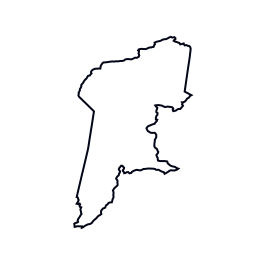 Senador Pompeu, Ceará, Brazil, rotated 244°
{"feature_id": "56859067B61767326792453", "entity_name": "Senador Pompeu", "entity_type": "district", "adm_level": 2, "iso_a3": "BRA", "parent_name": "Brazil", "parent_adm1": "Ceará", "projection": "equal_earth", "projection_center": [-39.469, -5.578], "detail": "fine", "context": "isolated", "style": "outline", "palette": "ink", "viewbox_px": 256, "rotation_deg": 244, "n_neighbors": 0, "source": "geoboundaries", "source_scale": "gbopen_adm2", "svg_char_len": 3940}
<svg xmlns="http://www.w3.org/2000/svg" viewBox="0 0 256 256"><g transform="rotate(244 128 128)"><path d="M189.3,209.5L189.9,207.4L191.2,206.4L191.3,204.7L191.2,202.9L191.2,201.3L191.7,199.9L192.1,198.6L192.2,197.3L192.1,195.8L192.3,194.3L192.8,192.5L193.0,191.0L193.1,189.3L191.5,189.0L190.9,187.7L189.7,186.6L190.1,185.3L190.3,184.0L191.0,182.4L191.0,180.3L191.2,178.4L192.2,176.5L193.1,175.1L193.7,173.4L193.9,172.1L193.3,171.1L192.3,171.6L191.4,171.1L190.3,170.1L189.2,170.1L188.1,169.8L187.3,168.7L187.2,166.7L188.1,165.2L188.1,163.8L188.1,162.1L188.4,160.7L189.3,159.4L190.3,157.6L190.8,155.6L190.4,153.6L190.9,152.0L191.7,150.2L192.3,148.1L193.2,146.6L193.6,145.1L194.9,142.6L195.4,141.1L195.8,139.8L196.3,138.2L196.9,136.5L197.7,134.5L197.2,133.0L196.4,131.7L195.5,130.5L194.5,129.8L193.6,129.2L194.2,128.0L194.8,126.3L195.4,125.1L195.8,123.8L195.8,122.5L195.6,120.9L194.9,119.6L194.1,119.1L193.0,119.1L192.6,117.9L191.9,116.7L192.4,115.0L191.4,113.3L190.6,112.3L190.3,110.9L189.5,109.2L188.3,107.5L187.6,105.9L187.0,104.7L186.0,104.4L185.0,103.4L184.2,101.9L182.9,101.2L182.0,100.1L181.4,99.1L180.3,98.8L179.2,97.8L177.8,97.6L163.1,102.9L157.9,104.7L147.4,97.4L133.3,87.5L128.5,84.2L126.2,82.5L108.7,68.2L107.8,67.4L91.6,54.2L88.4,51.6L87.6,52.4L86.1,52.1L84.9,52.1L83.7,50.8L82.4,48.7L81.5,49.9L81.3,51.4L80.3,51.5L79.3,50.3L78.3,50.2L77.2,51.2L76.2,50.0L75.3,49.4L73.6,49.1L72.2,48.6L71.2,48.6L70.4,47.2L69.4,45.7L68.6,44.4L67.9,43.1L66.7,42.0L65.5,42.0L65.3,40.6L65.7,39.2L65.5,37.7L63.9,37.2L62.5,36.7L62.0,39.2L61.1,40.9L60.5,42.1L59.8,43.4L58.6,42.7L58.5,44.2L58.9,45.7L59.0,48.7L58.9,50.1L58.3,51.9L58.6,54.0L59.8,56.2L60.9,60.3L61.7,61.9L62.0,63.3L62.0,64.7L62.4,66.3L63.5,66.5L65.5,67.7L66.6,70.2L66.4,72.5L67.3,73.5L68.1,74.3L68.3,76.1L69.2,77.7L69.0,79.1L68.3,80.9L69.2,81.7L70.7,82.9L71.9,84.5L72.9,85.0L74.2,85.4L75.8,86.5L77.4,87.0L78.4,87.0L79.2,88.2L79.9,89.4L80.6,91.9L81.0,93.4L82.2,94.1L83.3,94.4L84.8,95.3L85.8,95.5L87.6,95.1L88.7,96.3L89.2,97.7L89.7,99.1L91.0,100.0L91.5,101.1L92.5,101.9L93.9,101.6L94.9,101.6L95.9,102.7L96.5,104.2L97.1,105.3L96.5,106.3L95.3,106.7L94.1,107.1L92.9,106.2L92.3,104.8L91.2,104.6L89.9,105.1L89.0,104.8L88.7,106.0L88.8,107.5L88.3,108.8L86.6,109.5L86.2,111.2L86.9,112.5L87.0,114.8L86.7,117.2L85.7,118.8L84.5,120.4L84.3,122.3L84.4,123.7L84.0,124.8L83.4,126.3L82.7,128.5L81.3,131.1L80.2,133.1L79.3,134.3L78.1,134.9L77.6,135.9L77.0,137.2L75.8,138.0L73.9,139.4L72.6,140.8L70.8,140.8L70.9,143.2L71.1,145.3L71.4,146.5L71.2,148.1L70.5,149.1L69.4,151.3L69.1,153.7L69.4,155.4L70.7,154.2L72.2,153.3L73.4,152.0L74.3,150.8L75.3,149.9L76.3,149.3L77.2,148.9L78.8,148.2L80.7,148.6L81.9,147.0L83.1,144.6L84.3,142.2L85.6,140.7L87.2,141.2L88.6,141.6L89.8,141.4L91.3,141.7L92.2,143.6L93.2,144.7L94.6,144.6L96.4,144.8L97.7,144.1L98.9,143.6L100.4,143.8L101.6,144.5L102.6,145.0L104.2,146.2L105.6,146.9L106.4,148.1L107.4,149.4L109.5,150.4L110.9,150.3L112.0,149.9L112.5,148.7L113.4,146.8L114.2,146.0L115.4,145.3L116.4,144.5L118.3,144.4L119.7,144.5L120.3,145.5L120.8,146.9L120.7,148.3L120.6,149.8L120.5,151.7L120.1,153.7L120.9,154.9L121.5,156.7L122.6,157.9L123.5,156.8L124.9,157.5L126.2,158.6L126.9,160.1L128.4,161.1L129.6,160.4L130.7,160.8L131.6,161.5L132.4,162.5L133.3,163.2L134.4,162.8L135.4,162.5L136.3,162.4L135.9,163.9L135.2,165.5L134.4,166.7L133.7,167.6L133.0,168.6L131.8,169.3L130.6,170.5L130.0,172.6L129.3,173.9L128.3,175.4L127.0,177.0L125.7,177.2L124.7,176.1L123.3,176.1L122.7,178.5L123.0,180.2L123.0,181.6L122.2,183.4L123.2,185.6L123.9,187.2L125.4,186.9L126.4,187.9L127.4,187.8L126.9,189.1L126.8,190.5L127.5,192.4L128.5,193.9L128.6,196.1L129.6,197.6L129.7,199.4L135.9,194.9L152.1,205.9L164.0,214.1L171.6,219.0L172.8,219.3L173.8,219.3L174.8,219.0L175.9,217.5L176.9,216.9L177.4,215.2L178.4,215.0L179.6,215.1L179.8,213.2L180.3,211.6L181.9,211.5L182.8,210.4L183.8,209.7L184.8,208.4L186.3,207.3L186.9,208.3L187.1,209.6L188.1,210.0L189.3,209.5Z" fill="none" stroke="#020617" stroke-width="2"/></g></svg>